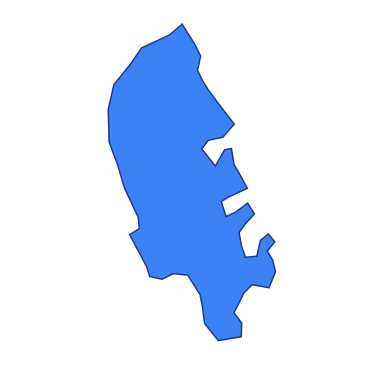 Dong-gu [East District], Ulsan, South Korea, rotated 328°
{"feature_id": "91817680B33034423068968", "entity_name": "Dong-gu [East District]", "entity_type": "district", "adm_level": 2, "iso_a3": "KOR", "parent_name": "South Korea", "parent_adm1": "Ulsan", "projection": "natural_earth1", "projection_center": [129.43, 35.518], "detail": "fine", "context": "isolated", "style": "filled", "palette": "blue", "viewbox_px": 384, "rotation_deg": 328, "n_neighbors": 0, "source": "geoboundaries", "source_scale": "gbopen_adm2", "svg_char_len": 906}
<svg xmlns="http://www.w3.org/2000/svg" viewBox="0 0 384 384"><g transform="rotate(328 192 192)"><path d="M116.5,195.1L114.0,230.9L111.4,241.2L120.3,250.1L133.0,251.4L144.4,260.3L144.4,283.3L140.6,293.6L133.0,310.2L135.5,331.9L157.1,340.9L164.7,329.4L163.5,316.6L172.3,311.5L182.5,305.1L193.9,302.5L206.6,314.0L220.6,303.8L224.4,292.3L224.4,282.1L235.8,278.2L234.5,268.0L224.4,269.3L212.9,280.8L202.8,275.7L205.3,264.2L210.4,251.4L219.3,247.6L233.3,243.7L233.3,230.9L218.0,232.2L207.9,230.9L211.7,215.6L220.6,215.6L240.9,218.2L242.1,197.7L242.1,191.3L248.5,176.0L242.1,173.4L225.6,182.4L223.1,160.6L233.2,156.8L247.2,161.9L263.7,156.8L261.2,130.0L259.9,114.6L259.9,103.2L261.2,91.7L271.3,81.4L272.6,68.7L272.6,44.4L256.1,46.9L225.6,43.1L207.9,50.8L182.5,59.7L164.7,77.6L148.2,105.7L143.2,130.0L136.8,153.0L133.0,184.9L127.9,195.1L116.5,195.1Z" fill="#3b82f6" stroke="#1e3a8a" stroke-width="1.5"/></g></svg>